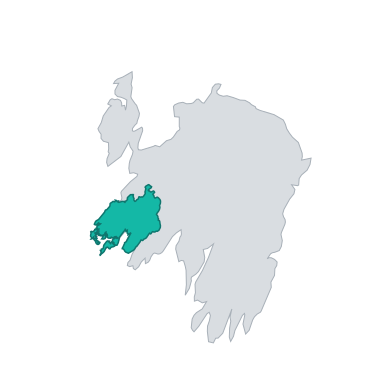 location of Mayo within Ireland, rotated 306°
{"feature_id": "IRL-714", "entity_name": "Mayo", "entity_type": "County", "adm_level": 1, "iso_a3": "IRL", "parent_name": "Ireland", "parent_adm1": "", "projection": "natural_earth1", "projection_center": [-9.466, 53.907], "detail": "fine", "context": "in_parent", "style": "filled", "palette": "teal", "viewbox_px": 384, "rotation_deg": 306, "n_neighbors": 0, "source": "natural_earth", "source_scale": "10m", "svg_char_len": 9621}
<svg xmlns="http://www.w3.org/2000/svg" viewBox="0 0 384 384"><g transform="rotate(306 192 192)"><path d="M241.2,82.2L233.3,86.4L232.1,88.0L229.9,94.4L229.6,96.2L224.7,103.3L221.9,104.7L217.6,105.9L215.2,107.0L212.2,106.5L208.4,106.5L206.5,107.8L206.6,108.8L207.7,109.9L214.9,113.2L214.5,114.5L212.5,116.1L199.8,119.9L196.0,122.2L194.7,123.8L196.1,126.3L206.3,134.0L208.0,134.8L209.6,139.3L218.5,141.2L222.2,144.0L225.4,144.6L232.3,144.4L235.0,145.4L236.6,144.6L237.5,143.2L245.1,137.7L242.7,133.6L250.3,126.7L252.5,126.8L256.1,128.9L259.2,131.9L260.2,135.8L263.1,139.3L264.9,140.6L269.8,141.3L271.0,142.7L270.2,147.8L271.0,149.5L283.5,149.4L288.5,147.1L292.9,147.5L295.1,149.8L296.1,152.2L292.3,153.1L288.4,152.6L286.5,154.2L286.5,157.2L287.8,161.0L290.5,163.8L292.7,170.0L294.6,176.8L297.3,181.0L298.0,186.1L297.6,188.7L298.2,193.2L297.1,194.8L298.0,199.1L302.8,212.9L303.9,223.6L301.7,227.7L298.8,231.5L296.9,236.1L295.4,241.0L294.6,248.9L288.2,258.2L285.4,260.5L282.2,261.9L289.4,268.4L283.6,271.3L277.3,272.3L270.2,270.6L265.9,270.8L260.3,274.2L259.1,273.6L256.4,268.3L254.5,273.8L250.5,275.5L243.6,275.2L232.0,276.6L227.6,278.2L225.7,280.7L224.4,283.5L222.6,285.2L220.6,286.1L211.6,288.2L209.9,289.0L205.8,293.6L200.4,296.3L195.9,297.0L191.9,294.4L190.2,292.8L188.3,291.9L182.2,292.1L184.1,292.9L185.4,294.8L186.0,298.4L185.4,302.0L182.3,303.8L178.7,304.1L173.0,307.8L165.5,308.8L161.4,312.2L136.5,317.9L135.0,318.0L131.6,316.5L127.8,315.9L124.1,316.3L113.7,319.5L108.6,318.9L115.1,310.9L123.7,306.9L124.6,305.8L121.8,305.3L105.3,308.1L99.6,310.4L93.8,311.1L96.5,307.5L103.9,302.5L110.3,299.3L113.1,296.3L120.8,293.0L95.8,299.9L89.2,299.0L87.6,297.1L82.5,298.0L80.6,293.4L88.2,286.4L92.6,283.4L97.9,281.8L102.9,279.5L104.8,276.6L102.5,275.7L87.3,276.4L80.1,275.8L80.5,273.6L81.8,271.1L89.3,266.8L93.4,266.1L97.0,266.5L103.4,269.0L111.9,268.2L108.4,265.5L107.8,260.0L105.1,258.1L108.5,255.5L112.5,254.0L119.1,248.7L121.5,247.9L134.6,246.6L148.7,243.8L162.7,239.9L155.5,237.8L152.1,234.9L146.6,240.7L142.6,242.9L131.4,244.0L127.8,243.4L122.8,241.6L121.2,242.3L119.8,243.7L112.4,246.5L104.5,247.2L113.6,242.0L125.2,233.2L127.7,230.5L131.4,225.7L130.3,223.5L127.9,222.3L136.2,212.4L139.2,210.7L144.5,210.4L148.4,208.8L150.1,208.8L151.7,208.2L155.1,205.3L149.8,203.4L144.3,202.4L127.4,203.4L125.2,203.2L123.1,202.3L121.8,201.0L120.7,197.7L119.5,196.9L115.7,196.9L111.9,197.9L109.3,197.8L106.7,196.4L110.9,192.9L105.6,192.1L100.2,192.8L95.7,191.8L95.6,189.6L97.6,187.5L95.0,185.4L94.5,182.9L97.3,181.6L100.4,182.0L106.6,180.1L114.7,179.2L107.8,177.3L105.1,175.7L104.9,173.3L105.5,171.2L113.5,167.6L122.0,166.1L121.3,163.7L121.9,161.2L113.3,160.5L104.9,162.3L105.8,157.4L107.8,153.1L108.2,150.2L107.8,147.1L103.9,148.4L103.4,144.1L101.7,141.1L95.8,143.2L96.0,139.3L97.7,136.5L100.8,135.3L103.8,135.8L109.5,135.8L114.9,133.7L122.8,133.2L135.3,133.9L144.0,139.7L146.2,138.6L149.6,134.9L151.2,134.5L164.2,136.1L172.3,138.3L174.5,137.6L173.3,133.5L170.5,130.7L174.0,127.0L178.2,124.5L181.0,123.3L187.5,121.7L190.4,120.3L192.2,115.5L195.2,111.6L178.9,113.6L163.3,108.9L165.7,105.6L169.0,103.7L174.7,102.3L175.2,100.6L178.0,99.2L182.8,95.4L181.0,90.5L181.9,86.9L185.3,84.5L186.4,81.2L187.9,78.7L194.8,77.8L201.4,75.5L211.6,75.2L214.3,76.1L213.7,72.1L218.5,71.6L220.4,72.4L221.2,75.2L223.4,77.1L224.1,80.3L222.7,82.7L220.3,84.6L222.5,86.6L219.1,90.1L222.8,88.6L228.1,85.2L227.8,82.3L226.9,78.8L225.4,75.6L226.0,72.1L229.0,69.9L236.9,68.8L233.6,64.8L236.5,64.5L239.6,65.3L244.3,68.4L254.1,72.8L249.4,76.6L243.5,79.3L241.2,82.2ZM103.1,159.0L102.9,160.9L99.1,158.5L97.3,156.0L87.0,154.8L91.3,152.2L93.4,153.0L100.7,153.1L102.7,154.2L103.1,159.0Z" fill="#d9dde1" stroke="#a8b0b8" stroke-width="1"/><path d="M115.9,179.3L115.9,179.2L115.0,178.9L111.5,179.1L109.3,178.4L105.1,176.5L104.4,173.6L104.7,172.2L105.3,171.1L105.6,170.1L105.1,168.9L105.6,168.6L107.6,168.4L108.9,168.0L110.1,167.9L110.7,167.7L111.2,167.3L111.5,167.3L112.5,167.8L113.1,168.0L122.6,166.7L122.6,166.2L121.8,166.1L119.8,165.3L120.5,164.9L120.8,164.8L120.8,164.4L120.6,163.9L121.1,163.3L122.9,162.2L122.5,162.1L121.5,161.7L121.9,161.4L122.2,161.0L122.5,160.5L122.6,159.9L122.0,160.0L121.5,160.4L120.1,160.0L112.8,159.9L107.8,162.1L105.0,162.6L103.4,161.2L104.0,160.8L104.3,159.0L105.2,158.5L105.0,157.9L105.0,157.7L105.2,157.2L105.2,156.8L104.8,156.8L104.8,156.4L107.2,155.9L107.7,156.0L108.8,156.7L109.5,156.8L110.1,157.2L110.3,158.7L110.9,159.0L111.3,158.8L111.3,158.3L111.2,157.6L111.4,156.8L110.9,156.4L110.5,155.9L110.0,155.5L109.3,155.5L109.3,155.9L109.7,156.4L109.1,156.2L108.7,155.7L108.1,154.1L108.2,153.5L107.9,153.2L107.6,153.1L106.7,153.2L106.4,152.6L106.0,152.2L105.7,151.7L105.5,150.7L105.7,149.7L106.3,149.4L107.0,149.3L107.5,148.7L106.8,148.5L106.8,148.1L107.3,147.7L107.9,147.4L107.5,147.0L109.0,146.0L108.5,145.7L107.9,145.7L106.6,146.0L106.7,146.6L106.6,146.8L106.4,146.9L105.8,147.0L105.8,147.4L106.2,147.4L104.7,148.8L103.3,149.0L102.0,148.2L101.0,146.5L102.0,146.5L104.3,146.0L105.2,145.6L103.6,144.7L103.0,144.1L102.7,143.3L103.1,143.5L103.8,143.7L104.1,143.8L103.4,143.1L101.7,141.6L102.4,141.9L103.0,141.9L103.5,141.7L103.8,141.1L101.1,139.4L100.0,139.1L99.2,139.8L100.0,140.5L99.7,141.0L98.8,141.3L97.8,141.1L98.3,141.8L98.5,142.0L98.5,142.5L97.8,142.4L97.2,142.5L96.1,142.9L96.1,143.3L96.8,143.5L97.0,143.9L97.1,145.2L96.7,145.2L95.7,145.6L96.4,146.0L97.0,146.6L97.1,147.1L96.3,147.4L95.3,147.3L94.6,147.1L94.1,146.4L94.0,145.2L94.3,144.4L95.5,142.5L95.7,141.8L95.9,140.6L96.3,140.1L96.9,139.7L97.5,138.8L95.9,138.8L95.3,138.6L94.7,138.0L95.7,138.0L96.1,137.4L96.4,136.5L96.8,135.8L97.4,135.4L99.6,134.4L99.8,134.1L100.0,133.8L100.2,133.5L100.7,133.5L101.0,133.7L101.1,134.1L101.2,134.5L101.3,134.8L102.0,135.2L102.9,135.6L103.8,135.7L104.5,135.3L104.9,135.8L105.3,136.1L105.7,136.1L106.2,135.8L106.3,136.0L106.6,136.2L105.5,137.8L104.3,138.5L103.0,138.4L101.7,137.5L101.4,138.8L102.2,139.2L103.4,139.2L104.3,139.6L105.1,140.0L105.8,139.5L106.5,138.8L107.3,138.4L106.6,137.7L106.9,136.6L107.7,135.7L108.5,135.3L109.6,135.5L111.4,136.5L112.5,136.7L112.2,136.1L111.8,135.7L110.8,135.3L110.8,134.8L111.3,134.7L111.7,134.7L112.8,134.8L111.9,134.4L109.2,134.0L108.7,133.3L108.4,132.4L108.5,131.9L111.5,131.3L112.5,131.5L114.5,132.4L115.4,132.6L124.2,133.1L124.7,133.0L125.7,132.7L126.2,132.6L126.7,132.7L127.4,133.3L127.8,133.5L131.8,133.9L132.3,133.8L132.9,133.6L133.5,133.2L133.9,132.9L134.4,132.6L135.0,132.6L137.3,133.5L137.7,133.5L138.1,133.8L138.5,135.0L138.8,135.3L139.7,135.2L140.2,135.0L140.3,134.8L140.6,135.4L140.7,135.9L140.6,136.3L140.3,136.7L140.3,137.1L141.4,137.5L141.4,138.0L140.4,138.5L140.7,139.1L143.1,140.8L143.8,141.6L144.2,142.5L144.2,143.8L144.5,143.8L144.6,142.6L144.7,142.9L145.9,143.8L146.2,144.0L146.6,144.1L147.7,144.1L148.1,144.1L148.4,144.0L148.6,143.8L148.8,143.4L149.0,143.3L149.6,143.1L149.9,143.1L153.3,143.7L153.7,143.9L154.0,144.1L154.6,145.1L155.3,145.7L155.4,146.0L155.3,146.3L155.1,146.4L154.2,146.6L153.9,146.9L153.7,147.4L153.1,147.9L153.0,148.0L152.9,148.5L152.8,148.8L152.7,148.9L151.7,149.4L151.4,149.7L151.2,150.0L150.9,150.9L150.9,151.4L151.2,151.6L151.7,151.8L153.4,151.9L154.3,152.4L154.7,152.5L155.6,152.3L156.4,152.0L156.7,151.9L157.0,152.0L157.3,152.4L157.4,152.7L157.6,153.5L158.5,154.2L158.8,154.9L159.2,155.1L160.7,155.3L162.9,155.1L163.4,155.0L163.8,154.7L164.2,154.1L164.4,153.9L164.8,153.8L165.4,153.7L165.9,153.3L166.1,153.2L167.2,152.9L167.6,152.6L167.8,152.5L167.9,152.3L168.0,151.8L168.1,151.5L168.3,151.4L168.5,151.2L168.8,151.2L169.5,151.2L172.3,152.4L172.4,152.7L172.6,153.1L172.4,155.1L172.6,156.1L171.7,156.5L171.1,156.4L168.6,155.5L168.1,155.5L167.7,155.6L167.5,155.9L167.5,156.1L167.5,156.4L167.8,156.7L167.9,157.0L167.7,158.1L167.7,158.4L167.8,158.6L167.9,158.8L168.2,159.1L169.9,160.0L170.1,160.1L170.2,160.4L170.2,160.9L170.0,161.6L169.8,161.9L169.5,162.0L169.2,162.0L168.4,161.6L168.0,161.6L167.7,161.6L167.2,161.7L167.0,161.8L166.9,162.1L166.9,162.6L166.8,163.0L166.1,163.7L165.8,164.2L165.4,165.0L165.3,165.5L165.4,165.8L167.0,166.6L167.4,167.0L167.5,167.2L167.5,167.7L167.5,168.5L167.1,170.3L166.8,171.0L166.5,171.5L165.6,172.3L164.0,173.2L163.5,173.3L162.9,173.4L162.1,173.6L160.8,175.0L159.2,175.8L157.1,176.2L153.7,176.2L153.1,176.4L152.8,176.6L152.7,177.4L152.7,177.7L152.5,178.1L152.3,178.4L152.1,178.8L151.1,179.6L150.9,179.9L150.8,180.2L150.7,180.6L150.3,180.8L149.7,181.0L149.4,181.2L149.3,181.4L149.3,181.6L149.4,181.8L149.7,182.2L149.6,182.5L149.4,183.0L147.3,185.0L146.5,186.0L146.1,186.3L144.9,187.1L144.4,187.3L143.5,187.4L141.9,187.7L141.5,187.7L140.7,187.4L139.9,187.1L139.8,186.9L139.4,186.3L139.2,186.1L139.0,185.9L138.2,185.7L137.8,185.4L137.5,185.0L137.2,184.7L137.1,184.4L137.0,183.7L136.7,183.4L136.2,183.3L134.3,183.3L133.9,183.2L133.7,183.0L133.7,182.8L133.8,182.4L133.8,182.1L133.8,181.9L133.2,181.8L128.4,182.0L127.7,181.9L126.7,181.5L126.1,181.1L125.8,180.9L125.6,180.8L124.2,180.7L123.9,180.6L123.7,180.5L123.6,180.3L123.4,179.5L123.3,179.2L123.0,178.9L122.7,178.9L122.4,179.0L121.9,179.2L121.5,179.3L115.9,179.3ZM102.4,156.4L103.0,156.1L103.5,156.0L104.0,156.0L104.4,156.4L104.4,156.8L104.0,157.3L103.7,158.3L103.5,159.5L103.7,160.4L102.6,161.1L101.7,160.7L100.7,159.8L99.6,159.0L98.9,159.0L98.2,159.1L97.7,159.0L97.4,158.3L97.6,157.4L97.7,156.6L97.7,156.0L97.1,155.5L96.1,155.2L92.2,155.9L90.8,155.7L88.3,155.0L87.0,155.0L87.0,154.5L88.3,154.5L89.4,154.3L90.3,153.6L90.9,152.3L91.3,152.7L91.7,152.8L92.1,152.7L92.6,152.3L93.7,153.3L95.0,153.0L96.2,152.3L97.3,151.9L101.7,152.0L102.7,152.3L103.7,154.0L102.7,154.0L102.8,154.6L102.8,155.1L102.6,155.5L102.4,155.9L102.4,156.4Z" fill="#14b8a6" stroke="#0f766e" stroke-width="1.5"/></g></svg>